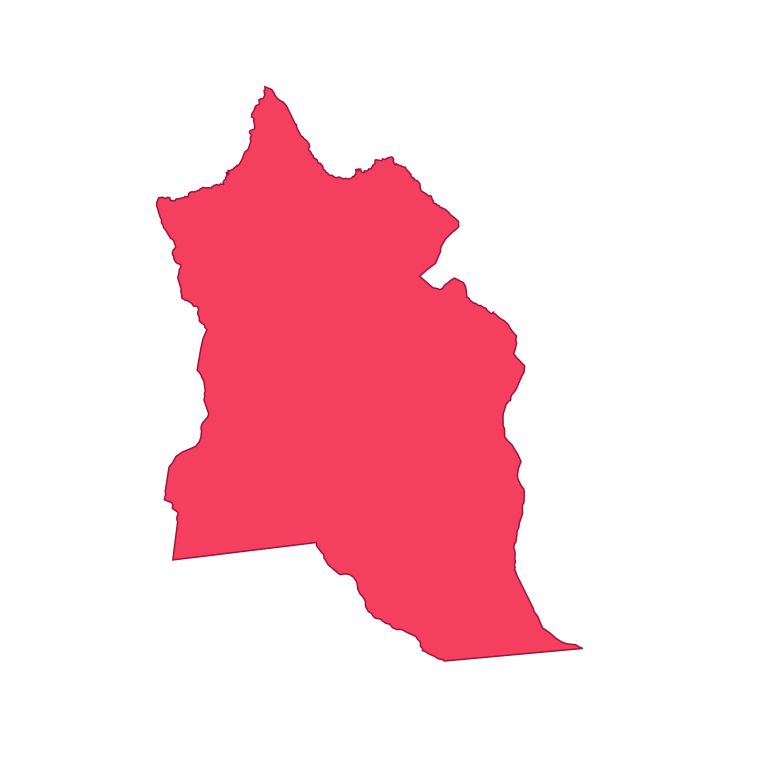 outline of Tilcara, Jujuy, Argentina, rotated 199°
{"feature_id": "61730980B79181726487815", "entity_name": "Tilcara", "entity_type": "district", "adm_level": 2, "iso_a3": "ARG", "parent_name": "Argentina", "parent_adm1": "Jujuy", "projection": "mercator", "projection_center": [-65.303, -23.584], "detail": "fine", "context": "isolated", "style": "filled", "palette": "rose", "viewbox_px": 768, "rotation_deg": 199, "n_neighbors": 0, "source": "geoboundaries", "source_scale": "gbopen_adm2", "svg_char_len": 6171}
<svg xmlns="http://www.w3.org/2000/svg" viewBox="0 0 768 768"><g transform="rotate(199 384 384)"><path d="M431.1,593.2L433.3,594.5L433.7,595.3L434.5,595.9L437.6,595.4L438.9,596.0L442.2,595.7L444.0,596.3L444.4,596.0L444.4,595.1L445.8,595.6L447.5,597.2L448.2,599.9L449.9,601.1L451.1,601.0L454.0,599.1L456.2,596.6L458.5,596.5L458.9,594.5L459.2,594.3L464.2,593.5L465.2,593.0L465.2,592.2L464.3,589.2L465.6,587.8L466.3,583.6L466.8,582.9L468.6,582.3L468.6,580.8L469.9,579.7L472.1,579.0L471.7,577.6L473.1,577.0L474.0,577.2L475.5,578.3L475.9,579.6L476.8,579.1L477.7,579.2L477.3,577.5L477.8,577.4L479.0,578.3L480.3,577.8L480.5,577.4L479.3,575.3L479.3,573.9L478.9,573.2L480.0,571.4L479.7,570.4L481.3,569.7L481.5,568.3L482.6,567.4L485.0,566.0L486.8,566.2L489.3,564.7L493.9,565.1L496.3,563.4L499.0,563.6L501.3,564.5L502.0,563.9L503.4,563.7L504.7,564.1L505.4,564.8L508.0,565.5L509.0,566.5L511.6,567.5L512.3,569.2L513.2,570.4L514.5,570.7L515.5,571.7L516.4,571.9L517.7,571.4L519.2,572.5L519.8,573.8L520.6,574.3L524.3,575.0L525.2,576.7L527.2,577.7L529.0,579.8L531.1,580.6L531.8,581.8L531.9,585.2L533.4,587.0L536.7,589.0L539.8,590.0L541.2,591.2L543.5,591.7L547.5,595.8L548.7,596.4L550.9,599.6L551.2,600.7L552.1,600.7L553.2,601.6L566.9,615.3L570.9,617.6L573.8,618.0L577.7,619.2L581.2,621.6L582.7,623.3L586.0,625.9L593.4,626.3L592.2,623.5L592.9,621.9L591.7,620.8L591.7,619.4L590.5,618.7L590.9,617.4L591.1,614.6L593.6,613.6L593.8,612.8L594.8,611.7L593.3,608.9L593.2,607.9L593.8,606.8L594.9,606.4L596.1,604.4L595.9,603.4L595.3,603.2L595.9,602.4L596.0,600.3L596.8,597.4L596.8,595.6L596.3,593.4L594.4,593.2L593.3,592.2L592.8,590.1L590.7,586.6L589.8,584.4L589.6,583.0L590.1,582.2L592.7,580.3L593.2,579.6L593.2,578.3L592.7,577.6L591.0,576.6L590.2,575.7L590.7,573.5L590.4,572.5L588.9,570.3L588.8,563.6L589.2,560.6L590.7,558.9L591.2,557.8L591.4,550.3L592.5,543.8L594.3,542.8L594.1,541.5L594.9,541.3L597.0,537.5L599.7,535.2L600.9,535.2L600.8,534.4L599.9,533.2L601.9,532.7L601.4,531.6L600.7,531.1L599.4,532.1L599.3,531.4L600.4,530.1L600.7,528.9L600.8,527.7L600.4,525.9L601.6,524.4L601.5,523.6L601.9,522.4L600.6,520.6L601.5,520.1L603.8,519.9L604.7,518.2L607.3,518.1L608.3,516.9L609.3,516.7L609.3,516.1L610.3,514.8L610.8,514.8L611.0,513.0L613.8,512.6L616.2,511.3L619.3,511.0L620.2,509.4L621.2,508.8L621.7,507.0L623.2,506.3L624.1,505.0L626.8,503.5L628.1,503.4L630.2,501.6L630.6,500.6L630.1,497.4L630.7,497.4L631.5,496.5L633.3,496.5L633.6,495.5L636.4,493.5L637.7,493.0L638.1,492.3L640.0,491.8L641.0,490.9L641.0,489.4L641.4,488.9L643.0,488.9L643.4,488.2L645.6,488.2L646.1,488.5L646.9,490.2L648.6,490.3L649.3,490.1L651.8,487.9L654.0,488.6L655.3,488.1L656.4,486.9L657.7,486.8L658.0,481.6L657.4,480.3L657.4,479.2L650.6,469.7L647.7,466.7L647.4,465.0L646.6,463.8L644.6,462.1L643.3,460.1L640.8,458.6L633.2,452.2L630.8,451.8L629.0,450.4L625.8,446.2L625.6,445.5L626.1,443.4L626.7,442.7L627.0,440.7L626.8,438.8L626.0,437.4L624.5,436.3L623.0,433.3L620.2,431.2L618.7,430.7L616.1,430.7L614.7,430.0L614.2,428.7L614.8,424.7L614.2,423.3L613.7,418.1L613.0,416.4L606.5,407.5L606.5,405.7L604.0,402.0L603.8,400.6L603.1,399.5L599.3,398.5L597.0,398.7L594.5,398.3L592.1,397.6L589.4,395.6L586.8,396.5L585.5,396.3L584.4,395.3L583.5,393.8L583.4,390.8L582.9,389.7L580.1,386.3L579.3,383.6L577.3,382.5L572.7,381.1L572.1,379.6L569.1,377.6L569.9,367.7L568.6,356.9L565.2,336.3L560.9,333.9L557.0,329.5L555.1,328.0L552.3,322.1L550.8,319.7L550.7,316.0L549.4,314.4L549.5,313.4L548.9,310.1L540.3,299.1L539.9,297.6L540.0,295.3L543.0,287.9L543.0,284.1L542.2,281.6L541.4,280.8L539.7,273.7L539.9,269.3L541.7,263.7L552.4,254.1L557.1,247.8L558.3,240.6L560.2,235.5L555.9,211.3L554.5,208.5L554.2,203.5L553.6,202.9L546.3,202.7L544.0,200.6L543.8,199.5L544.1,198.5L543.5,197.4L539.3,196.3L537.3,195.5L536.5,194.8L536.3,192.5L536.6,191.3L535.9,188.8L534.2,186.3L526.4,148.9L396.2,212.2L395.2,209.1L387.8,204.1L385.6,203.4L384.0,200.0L377.9,194.9L364.2,189.6L362.5,189.8L359.9,191.4L357.2,192.3L353.8,192.5L349.8,191.3L346.0,188.5L344.7,187.1L342.0,181.6L338.8,178.1L333.5,175.0L331.5,173.1L330.6,171.9L329.6,168.8L328.2,166.9L324.7,163.8L321.0,163.0L319.7,161.7L316.9,159.9L315.0,159.8L310.9,160.6L308.2,159.3L306.6,159.1L305.2,158.4L300.4,158.7L296.8,156.5L295.5,156.2L291.8,156.1L287.5,157.6L280.0,156.4L272.8,155.8L271.3,155.3L268.9,153.5L265.8,151.9L264.2,148.1L262.9,147.0L261.4,146.6L260.9,144.4L257.5,144.6L255.0,143.5L247.1,142.9L243.5,141.8L239.2,142.5L236.8,141.7L110.0,198.7L113.9,198.9L118.0,199.9L126.0,197.9L131.8,197.9L138.2,199.4L146.5,202.7L154.8,205.1L162.9,214.2L167.7,217.4L170.0,220.6L195.7,246.0L197.2,247.7L198.1,249.2L199.9,250.6L200.3,253.2L201.7,255.5L201.9,259.0L203.4,261.3L204.8,266.4L206.0,268.8L207.9,271.2L208.6,275.0L207.9,277.6L209.4,285.4L210.3,288.0L209.8,292.0L210.8,296.9L210.8,306.9L213.2,313.0L213.6,314.9L213.0,317.4L216.0,326.9L217.4,330.0L222.0,333.2L226.4,337.8L228.1,340.7L229.3,347.6L229.3,355.4L234.2,360.6L243.4,368.3L248.6,370.6L252.6,373.2L255.5,381.0L257.8,383.3L260.7,391.4L261.6,394.8L261.9,404.4L260.5,408.4L259.0,409.9L259.9,413.3L259.6,415.6L257.9,419.7L257.3,422.3L256.2,437.6L255.4,440.2L256.8,446.8L268.4,452.8L271.2,454.9L271.3,459.2L271.9,466.1L273.0,467.3L274.2,469.6L273.9,471.1L274.5,472.8L275.8,473.2L279.5,475.4L283.3,478.2L286.0,480.8L290.8,482.9L295.9,483.9L299.9,485.5L301.0,486.3L303.4,486.5L303.7,486.7L303.8,488.2L304.6,486.3L305.5,485.3L305.9,485.4L311.0,487.5L312.3,488.9L314.1,488.6L318.7,489.7L320.3,488.9L322.5,489.8L326.7,489.9L327.9,490.6L329.7,491.0L331.0,492.4L333.0,493.1L333.8,492.9L336.6,499.1L338.6,502.5L341.7,505.6L351.8,507.1L355.0,503.3L355.8,501.4L357.9,498.8L359.2,496.1L359.9,493.3L361.9,491.4L364.3,491.6L369.1,490.9L385.4,497.5L380.7,505.7L374.6,514.8L373.7,528.0L374.7,531.1L374.7,532.5L373.0,541.1L369.2,549.0L366.1,553.8L364.6,557.1L366.5,561.9L370.6,563.8L376.7,565.8L378.4,567.2L382.9,569.0L389.2,569.7L390.3,570.7L392.7,570.5L393.5,571.4L395.3,571.2L396.2,571.5L397.1,573.2L398.9,574.7L400.4,577.0L401.3,577.0L403.5,576.2L405.5,577.4L411.4,578.6L413.2,580.4L415.0,584.6L416.9,586.1L418.5,587.0L421.8,586.9L422.3,588.2L425.1,588.7L426.6,589.9L426.9,591.2L427.9,591.3L430.1,593.0L431.1,593.2Z" fill="#f43f5e" stroke="#9f1239" stroke-width="1.5"/></g></svg>